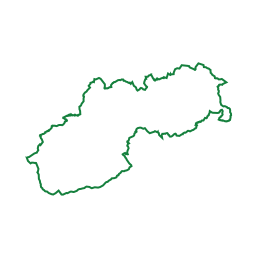 the district of Graiguecullen -Portarlington-Lea-6, Laoighis, Ireland, rotated 80°
{"feature_id": "5873133B32465812463029", "entity_name": "Graiguecullen -Portarlington-Lea-6", "entity_type": "district", "adm_level": 2, "iso_a3": "IRL", "parent_name": "Ireland", "parent_adm1": "Laoighis", "projection": "orthographic", "projection_center": [-7.112, 52.984], "detail": "fine", "context": "isolated", "style": "outline", "palette": "green", "viewbox_px": 256, "rotation_deg": 80, "n_neighbors": 0, "source": "geoboundaries", "source_scale": "gbopen_adm2", "svg_char_len": 5793}
<svg xmlns="http://www.w3.org/2000/svg" viewBox="0 0 256 256"><g transform="rotate(80 128 128)"><path d="M77.9,57.0L78.0,57.3L77.3,58.0L75.5,64.2L78.4,67.0L77.7,69.2L78.3,71.4L81.3,73.3L82.9,73.7L82.7,76.0L82.9,76.5L82.6,76.6L82.9,76.7L83.1,77.2L81.3,79.1L85.5,81.3L84.4,83.4L84.5,83.4L84.6,83.9L85.1,84.1L85.0,84.6L84.6,85.1L85.1,87.5L85.4,88.2L85.5,89.1L84.7,90.2L85.2,90.8L84.4,91.0L86.0,93.2L85.4,93.9L84.6,94.2L84.4,93.9L83.0,94.9L81.3,95.3L79.7,96.0L79.3,95.9L79.3,96.3L79.8,96.8L79.9,98.3L81.0,99.7L80.6,101.7L82.8,101.5L83.0,102.5L85.2,103.8L86.8,104.4L89.6,103.1L90.8,102.1L91.3,102.3L92.1,103.4L93.4,104.6L92.6,106.3L91.5,107.0L90.8,108.3L91.2,109.2L92.0,109.9L92.8,112.1L91.7,112.8L89.6,113.1L88.9,113.5L87.5,114.9L83.5,115.8L85.0,117.6L83.7,118.3L84.0,118.8L83.4,119.9L82.7,120.5L81.9,122.1L80.7,123.3L80.7,124.1L79.4,124.4L79.1,125.9L79.6,127.1L79.2,128.3L79.2,129.6L80.5,132.8L80.3,133.7L81.1,134.8L81.0,135.2L82.9,137.3L84.8,137.3L84.8,138.2L84.6,139.2L85.3,140.5L85.2,141.6L85.4,141.8L85.0,142.9L85.2,143.7L85.1,144.1L84.6,144.3L83.1,143.6L80.9,143.2L74.8,146.4L73.7,147.9L74.6,151.3L74.0,152.6L76.9,153.6L76.4,154.5L76.8,155.2L77.0,157.1L77.9,157.3L79.7,159.4L81.6,158.4L83.8,161.5L84.9,162.5L85.6,164.2L87.3,166.0L88.6,166.5L89.0,166.0L89.6,165.9L91.0,166.6L94.0,167.1L96.0,169.4L97.7,170.4L98.6,172.2L101.2,172.5L102.8,172.2L106.2,172.6L106.4,173.4L106.3,173.7L106.6,174.2L106.5,174.5L106.8,174.7L106.6,174.9L107.0,175.4L106.6,175.7L106.5,177.2L106.0,177.5L106.2,177.9L105.9,178.2L106.1,178.4L105.9,178.5L106.2,178.9L105.7,180.0L105.9,180.6L105.2,181.2L105.4,181.5L105.2,181.6L105.4,181.7L105.3,182.1L105.6,182.6L105.3,182.8L104.6,182.6L104.6,183.2L104.7,183.8L105.6,183.9L105.6,185.4L105.2,185.4L105.3,186.0L106.0,188.2L106.2,188.3L106.2,188.6L106.7,189.3L106.4,189.8L106.8,190.1L107.3,189.6L107.5,188.9L108.5,188.4L108.9,187.3L109.9,186.8L110.5,187.2L110.4,187.7L110.8,189.1L111.7,189.4L113.3,191.1L113.8,192.4L113.4,193.3L113.1,195.2L113.2,196.3L113.6,197.0L113.7,198.3L113.0,199.7L113.0,200.3L112.6,201.7L113.0,202.0L112.7,202.4L112.9,202.8L114.6,203.2L116.0,205.1L116.4,205.8L116.3,206.1L117.1,206.5L117.2,207.4L117.0,207.6L117.2,207.9L117.0,208.1L117.8,210.0L118.1,210.1L118.0,210.4L118.4,210.5L119.2,212.1L119.1,213.2L119.6,214.4L119.6,215.3L119.8,215.3L120.0,215.9L120.4,216.1L121.1,215.4L121.6,215.7L123.0,215.5L124.0,214.9L127.0,214.3L129.6,217.1L128.8,217.6L130.2,219.5L132.4,220.4L134.3,220.2L135.8,221.7L136.4,222.0L136.8,224.6L139.4,230.4L139.4,231.7L139.9,232.6L139.8,232.8L143.1,232.2L145.9,230.1L145.4,228.7L145.9,226.7L146.4,225.6L146.3,225.1L146.5,224.6L152.7,223.3L155.8,224.5L155.1,225.2L158.3,224.0L162.7,224.6L164.5,224.0L166.9,224.0L168.3,223.6L169.3,223.9L171.3,223.8L172.4,222.8L173.6,222.6L174.6,221.4L175.8,220.7L176.2,220.0L176.5,218.8L178.3,217.3L179.9,214.8L180.5,213.2L179.6,210.6L177.6,207.2L182.0,205.0L182.3,203.5L181.3,199.9L181.7,198.9L180.7,195.8L180.8,194.8L181.5,193.0L181.6,192.4L181.0,189.3L180.1,188.0L179.7,186.6L179.8,185.0L179.6,183.3L179.6,181.3L178.9,180.3L178.5,179.0L179.4,176.1L180.3,175.2L181.0,174.1L180.6,171.0L181.5,167.8L181.3,165.7L180.2,162.5L177.8,159.4L177.5,158.6L177.5,157.4L176.6,156.2L175.7,153.7L174.8,152.8L175.0,150.1L174.6,148.0L173.1,147.1L172.8,146.4L173.0,145.9L172.9,145.6L171.6,144.8L171.0,143.3L169.5,141.7L169.5,141.0L169.9,139.2L169.5,138.3L169.6,137.7L169.4,136.1L168.7,134.3L167.0,133.3L166.2,131.2L165.1,131.3L163.1,132.9L158.9,134.8L157.5,135.1L156.8,135.7L155.0,136.2L153.5,137.6L153.0,137.8L152.4,136.5L152.1,135.3L152.4,135.2L152.5,134.8L153.3,134.6L153.3,133.8L153.8,133.3L153.8,132.8L152.1,133.1L150.3,132.4L148.0,130.9L146.2,131.2L145.4,131.8L143.6,130.8L143.3,129.7L142.8,130.0L141.9,131.1L141.1,131.0L140.6,129.6L138.0,128.4L136.9,124.0L136.1,123.1L134.5,122.6L133.3,120.5L132.7,121.2L131.8,120.2L131.0,120.1L130.4,119.6L129.8,118.4L129.7,116.6L129.9,115.3L131.4,113.1L131.1,111.4L134.6,109.5L136.9,107.5L136.2,102.7L135.8,102.0L137.3,99.8L136.9,99.3L137.5,99.3L138.2,98.6L140.4,98.5L143.6,96.1L142.2,96.1L141.6,96.5L139.7,95.2L140.0,94.0L139.8,93.4L140.2,92.3L139.8,91.5L139.8,90.3L140.4,89.8L141.6,89.5L142.2,88.7L143.1,88.6L143.8,88.1L143.9,86.8L143.5,85.7L142.0,83.4L141.8,82.3L142.0,82.0L143.9,81.5L144.7,78.7L143.7,76.4L143.5,75.6L143.6,75.1L143.0,74.9L142.3,73.2L142.6,72.5L142.4,71.6L141.2,69.6L141.4,68.6L142.1,67.5L141.3,65.0L141.2,63.9L140.1,62.1L140.1,61.4L139.5,60.7L138.4,60.5L137.4,59.6L136.9,60.1L136.7,60.8L136.1,60.3L135.2,60.3L135.1,60.1L135.4,59.4L134.6,58.9L134.8,57.7L134.3,57.5L134.4,56.6L134.1,56.0L134.6,55.6L134.6,55.3L133.4,53.8L133.7,52.4L131.4,50.4L132.0,49.0L131.9,48.8L131.4,48.3L130.3,47.9L129.7,46.7L129.2,46.1L128.7,46.2L127.6,45.2L125.6,44.5L127.2,42.8L127.7,41.9L128.8,36.9L128.7,35.8L128.2,35.4L127.8,34.5L127.0,34.2L126.4,33.1L126.4,32.3L127.8,31.8L129.7,32.6L131.2,32.5L132.1,33.3L132.6,34.4L133.4,34.9L133.4,35.4L134.0,36.4L134.8,36.6L135.5,37.2L136.1,36.4L136.2,36.1L136.1,35.8L136.3,35.3L136.8,34.9L136.7,34.4L136.8,33.6L137.2,33.5L137.2,32.9L138.2,31.3L138.3,30.5L138.6,30.2L138.4,29.1L138.6,28.7L138.4,28.2L138.4,27.8L138.1,27.3L138.2,27.0L137.6,26.6L137.7,26.1L135.2,25.1L133.9,25.0L133.5,24.3L131.7,24.1L130.2,24.7L128.2,24.3L126.9,24.4L125.9,25.2L125.5,26.5L124.6,26.9L123.3,28.9L123.3,30.3L121.4,32.2L118.4,32.6L117.3,32.2L113.5,31.8L110.9,33.0L109.4,33.2L108.7,32.5L107.2,32.1L105.9,32.6L104.7,32.2L102.8,32.6L102.5,32.1L102.6,31.5L101.3,30.8L101.2,30.5L101.5,28.2L101.8,27.7L101.1,26.9L100.1,23.2L96.0,27.1L96.1,28.5L95.9,30.2L94.7,31.2L94.4,31.9L94.5,32.7L94.0,33.7L92.2,33.7L90.2,35.8L88.9,36.3L88.0,37.0L85.1,36.7L84.4,37.6L84.0,37.7L83.4,38.3L83.0,39.4L81.7,40.7L81.2,42.7L79.1,42.7L76.6,47.4L79.6,50.7L80.3,51.1L81.8,51.2L82.4,51.8L82.3,52.2L81.6,52.8L79.1,56.6L77.9,57.0Z" fill="none" stroke="#15803d" stroke-width="2"/></g></svg>